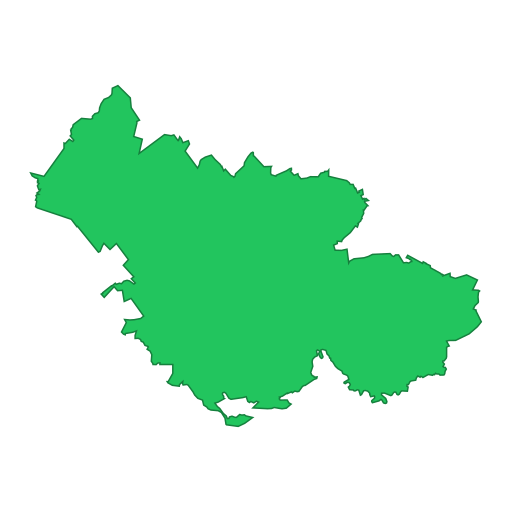 Cunduacán, Tabasco, Mexico (Mercator projection)
{"feature_id": "50627088B6162442693475", "entity_name": "Cunduacán", "entity_type": "district", "adm_level": 2, "iso_a3": "MEX", "parent_name": "Mexico", "parent_adm1": "Tabasco", "projection": "mercator", "projection_center": [-93.209, 18.087], "detail": "fine", "context": "isolated", "style": "filled", "palette": "green", "viewbox_px": 512, "rotation_deg": 0, "n_neighbors": 0, "source": "geoboundaries", "source_scale": "gbopen_adm2", "svg_char_len": 6075}
<svg xmlns="http://www.w3.org/2000/svg" viewBox="0 0 512 512"><path d="M252.7,417.5L245.9,415.9L244.4,414.8L241.8,415.1L239.7,414.5L236.4,417.4L234.9,417.3L232.0,416.2L229.5,416.9L228.9,418.4L227.3,418.6L226.3,416.0L223.3,413.4L219.7,408.4L217.4,406.6L214.9,403.1L218.0,402.2L224.4,398.6L223.7,398.3L223.7,396.2L222.8,395.2L222.4,393.6L222.8,392.7L224.4,392.3L225.9,393.3L229.0,398.3L231.0,399.3L242.8,397.6L246.2,396.7L247.8,401.4L249.4,402.5L250.9,401.5L253.8,402.9L256.4,401.2L258.6,402.1L252.9,407.9L267.5,408.7L271.5,408.5L274.2,407.5L282.0,408.8L286.3,408.2L291.1,404.1L288.9,402.9L287.2,400.0L280.3,400.1L279.5,399.4L279.3,398.5L280.0,397.8L279.4,397.1L282.5,396.1L287.1,393.1L287.3,393.6L291.5,391.9L292.3,392.8L294.8,391.1L297.2,391.7L298.9,391.4L302.4,386.5L303.8,385.6L305.2,385.4L314.1,379.4L316.7,378.5L317.1,376.9L314.2,377.2L314.0,376.4L312.0,375.4L310.7,372.6L312.8,366.3L312.1,361.9L312.6,359.3L314.7,357.0L317.4,355.7L316.5,350.8L317.4,349.9L319.4,350.9L319.6,351.8L318.5,353.8L320.4,357.6L321.5,358.4L322.5,357.9L323.0,356.8L320.9,351.1L321.0,349.9L322.6,349.4L326.0,350.4L327.1,354.1L329.0,355.9L329.7,358.1L330.6,358.2L330.9,360.4L332.8,362.0L335.4,366.3L337.8,368.6L342.0,371.1L342.6,373.1L343.4,373.9L346.7,375.1L347.9,376.2L348.8,379.4L344.2,382.1L343.9,382.9L345.2,383.7L347.5,382.3L349.3,382.7L350.3,384.5L349.6,386.0L348.3,387.1L349.6,389.7L353.3,390.0L354.1,390.9L355.6,390.8L357.2,389.8L358.8,390.2L360.4,395.2L361.5,394.6L363.7,390.7L365.4,390.5L367.7,391.1L369.7,393.2L369.8,394.7L370.7,396.7L374.2,395.9L374.7,396.7L374.4,398.3L371.8,400.6L371.7,401.6L372.4,402.7L379.0,400.9L381.0,399.4L381.9,400.1L383.5,402.9L385.3,403.5L386.5,403.0L386.9,401.6L385.7,398.4L381.5,394.9L381.6,393.2L384.5,393.1L390.8,395.6L391.9,395.1L393.6,392.6L394.6,392.0L395.9,392.2L397.0,394.4L398.1,394.9L399.3,394.2L400.8,391.6L401.8,390.9L407.4,391.2L408.1,387.0L406.9,386.3L407.1,384.5L408.4,384.6L410.0,381.6L411.3,380.9L415.7,380.2L416.4,377.8L417.8,376.0L420.1,377.2L420.6,376.4L421.5,376.5L422.9,377.5L428.3,374.5L432.6,375.3L433.6,374.4L434.6,374.7L435.5,373.3L436.8,374.0L438.9,374.0L440.0,375.1L443.9,375.0L444.7,373.8L445.1,371.3L446.3,369.1L445.3,367.4L444.2,367.4L443.0,366.6L444.4,364.1L442.7,362.1L442.9,361.0L444.1,360.9L446.2,358.3L446.6,356.8L446.6,347.4L447.6,346.5L449.2,346.0L446.5,341.1L448.9,340.5L455.6,340.4L469.2,333.8L477.4,326.7L481.3,321.8L475.8,310.6L476.1,310.1L473.3,309.0L475.0,305.6L478.2,302.5L478.4,301.4L478.0,296.9L478.5,292.2L479.6,291.0L478.5,290.3L472.6,289.9L477.4,280.0L466.6,274.9L455.3,278.4L450.2,276.6L450.0,273.3L443.1,275.8L443.4,275.0L442.0,274.2L441.5,274.6L440.6,273.4L430.5,267.8L430.2,265.6L426.0,263.7L426.2,263.4L423.2,261.8L422.6,263.4L407.7,255.3L406.3,257.7L408.7,258.5L409.8,259.5L410.6,259.3L411.5,261.1L412.5,261.4L411.0,261.6L408.7,263.1L406.7,262.5L403.5,262.8L398.6,254.9L395.5,254.9L393.8,256.5L392.3,256.0L390.1,253.6L372.5,254.4L368.5,256.4L364.0,257.8L354.0,258.8L349.6,261.2L348.7,263.0L347.0,249.2L341.5,250.4L335.1,250.2L333.6,245.1L337.3,243.6L337.2,241.2L341.6,241.6L342.2,240.0L344.3,237.6L350.3,232.6L355.4,225.9L357.4,227.1L358.5,223.8L357.9,223.4L360.8,220.8L361.1,219.5L362.1,218.6L361.7,217.3L363.7,213.4L363.4,210.2L363.9,210.4L367.0,205.9L367.9,205.7L364.7,202.4L364.5,201.3L368.4,200.5L366.0,198.5L364.5,199.4L364.0,198.4L362.6,199.2L360.9,195.6L363.2,194.6L362.4,189.4L358.8,191.1L359.3,192.3L357.6,193.0L355.6,188.1L354.8,188.4L353.1,184.4L350.2,184.4L349.3,182.8L346.7,180.6L328.6,176.3L328.7,170.0L327.7,171.3L324.7,171.4L324.5,172.2L320.7,173.2L318.2,176.8L310.4,176.7L306.9,178.1L301.0,178.8L298.4,175.8L297.9,173.7L294.1,175.3L290.3,171.1L291.5,170.0L291.4,168.3L289.9,168.6L286.5,170.8L276.2,175.3L275.9,176.2L271.2,174.7L270.6,173.0L270.8,167.6L271.5,166.4L263.9,166.7L254.2,156.2L253.4,155.9L253.3,152.5L252.7,152.2L251.0,153.1L248.0,156.8L244.5,162.6L244.1,165.8L235.6,173.7L235.0,176.2L233.9,177.3L233.2,176.5L230.8,175.5L225.3,169.2L223.7,170.9L221.9,166.4L221.5,166.7L220.3,164.5L215.0,159.5L211.4,155.1L205.3,157.1L201.2,159.6L200.1,161.2L199.4,164.6L197.6,168.1L185.1,151.1L189.5,144.0L188.3,140.7L182.9,142.7L181.2,138.7L179.7,136.8L178.4,140.6L178.0,140.6L173.9,134.9L171.2,135.7L164.5,134.6L139.1,153.5L142.3,139.2L133.7,136.5L136.9,123.0L136.7,121.5L139.5,120.2L131.2,107.7L130.3,97.9L117.9,85.6L116.9,86.1L112.3,88.2L112.0,93.5L111.4,95.0L108.6,97.5L104.1,99.3L101.2,103.6L99.6,107.8L99.3,111.1L98.1,112.8L94.9,113.7L92.4,116.3L92.5,118.5L90.6,119.2L81.5,118.4L73.2,124.7L72.6,127.4L71.2,128.8L71.1,130.3L70.7,130.3L71.5,134.5L70.2,135.9L73.8,140.1L72.8,141.5L69.3,139.3L65.3,143.5L64.0,143.0L64.0,148.5L44.0,176.4L30.7,173.0L32.2,175.9L35.2,177.8L37.8,178.6L37.9,180.0L37.5,181.0L38.3,181.1L37.5,182.7L39.0,183.4L37.4,185.8L38.8,189.7L40.4,189.3L39.7,191.0L36.9,193.0L38.7,194.4L37.2,194.5L36.0,195.5L36.7,197.5L35.5,200.1L36.5,200.6L36.7,201.5L35.6,206.7L37.3,207.9L71.3,219.3L76.9,226.7L77.5,226.3L98.4,252.2L100.1,251.4L102.4,245.8L103.9,243.3L110.0,249.5L116.4,243.5L128.4,259.6L123.3,265.3L133.8,276.8L131.3,278.7L135.3,283.0L133.9,284.1L129.5,280.9L127.1,280.3L123.8,281.2L121.5,283.7L119.4,283.2L116.3,284.3L115.3,283.2L111.7,286.1L111.4,285.8L102.7,292.7L102.9,293.2L101.2,294.1L104.2,297.4L114.1,286.7L117.6,290.7L122.4,290.3L124.2,301.5L131.1,298.4L143.7,316.1L140.7,318.5L134.3,319.7L129.9,320.0L124.6,319.5L126.3,322.6L121.5,332.0L123.5,334.1L125.2,334.8L125.4,333.5L132.7,332.3L136.5,330.9L135.1,335.4L135.1,338.5L138.1,338.3L139.8,339.0L140.7,339.8L141.2,341.3L143.3,342.2L145.0,345.4L148.0,346.4L148.3,346.9L147.1,349.3L150.1,351.1L151.8,354.7L151.3,361.2L152.9,363.6L153.0,364.5L156.2,364.6L157.4,363.3L158.6,362.9L160.0,362.9L159.9,364.5L172.8,364.5L172.8,373.4L168.2,381.6L167.2,381.6L167.9,382.8L172.3,385.3L179.3,386.2L179.5,384.6L182.8,381.5L182.6,383.6L183.1,385.0L186.8,384.5L188.2,385.2L193.1,392.0L194.7,395.0L197.8,398.3L202.5,400.1L203.7,405.1L206.8,407.0L208.1,408.8L210.8,410.0L218.2,410.7L221.4,412.5L225.0,418.2L226.0,424.3L226.5,424.8L238.2,426.4L244.7,423.3L252.7,417.5Z" fill="#22c55e" stroke="#15803d" stroke-width="1.5"/></svg>